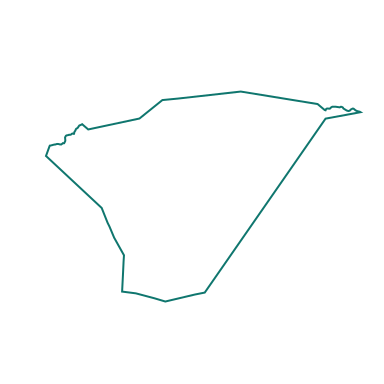 outline of San Pedro Jaltepetongo, Oaxaca, Mexico, rotated 11°
{"feature_id": "50627088B194314119844", "entity_name": "San Pedro Jaltepetongo", "entity_type": "district", "adm_level": 2, "iso_a3": "MEX", "parent_name": "Mexico", "parent_adm1": "Oaxaca", "projection": "orthographic", "projection_center": [-97.045, 17.683], "detail": "fine", "context": "isolated", "style": "outline", "palette": "teal", "viewbox_px": 384, "rotation_deg": 11, "n_neighbors": 0, "source": "geoboundaries", "source_scale": "gbopen_adm2", "svg_char_len": 1580}
<svg xmlns="http://www.w3.org/2000/svg" viewBox="0 0 384 384"><g transform="rotate(11 192 192)"><path d="M342.2,81.5L341.4,81.2L338.9,81.1L337.1,80.7L334.7,79.4L334.2,79.4L333.7,79.5L332.1,80.8L331.3,82.1L330.5,82.5L329.9,82.7L329.4,82.6L328.3,82.5L324.6,81.1L324.2,80.5L323.8,80.2L322.7,79.9L321.9,79.9L320.9,80.7L316.6,80.9L313.5,81.5L312.6,82.2L311.4,83.9L308.6,84.3L307.8,85.0L307.5,86.3L306.6,86.2L298.5,81.7L220.7,84.1L191.3,93.3L160.6,102.9L145.4,107.4L126.4,129.9L78.2,150.4L71.2,146.4L69.8,147.6L68.8,148.1L68.3,149.0L68.0,149.7L67.9,150.2L67.5,150.9L67.2,151.3L66.6,151.7L66.4,151.9L66.2,152.2L66.0,152.7L65.9,153.2L65.8,154.0L65.5,154.6L65.2,155.2L65.1,155.7L65.1,156.3L65.1,156.9L65.1,157.2L65.1,157.4L64.9,157.5L64.7,157.4L64.4,157.3L63.8,157.3L63.5,157.5L62.9,157.8L62.6,158.3L62.1,158.8L61.7,159.0L61.2,159.2L60.6,159.2L60.3,159.3L60.0,159.6L59.5,159.8L58.6,160.2L58.0,160.4L57.6,160.8L57.3,161.5L57.1,162.2L57.0,162.8L57.2,163.4L57.4,164.1L57.6,164.8L57.8,165.5L57.8,166.5L57.5,167.4L57.3,168.0L57.2,168.5L56.6,168.7L56.1,168.7L55.9,168.7L55.7,169.0L55.5,169.3L55.0,169.8L54.7,170.1L54.4,170.4L53.8,170.4L53.2,170.5L52.8,170.5L52.3,170.4L51.7,170.4L50.8,170.5L49.9,170.8L49.4,171.1L48.9,171.4L48.6,171.5L48.0,171.6L47.5,171.9L46.8,172.1L46.2,172.5L45.1,173.0L44.3,173.4L43.6,173.6L43.4,174.3L41.8,184.5L106.4,224.9L115.0,238.3L117.6,241.7L124.3,251.7L137.3,267.1L138.1,273.3L139.7,284.2L139.8,285.0L140.1,287.0L142.4,303.1L156.2,302.2L175.4,303.5L186.7,304.6L214.4,292.1L223.7,288.3L309.1,94.5L342.2,81.5Z" fill="none" stroke="#0f766e" stroke-width="2"/></g></svg>